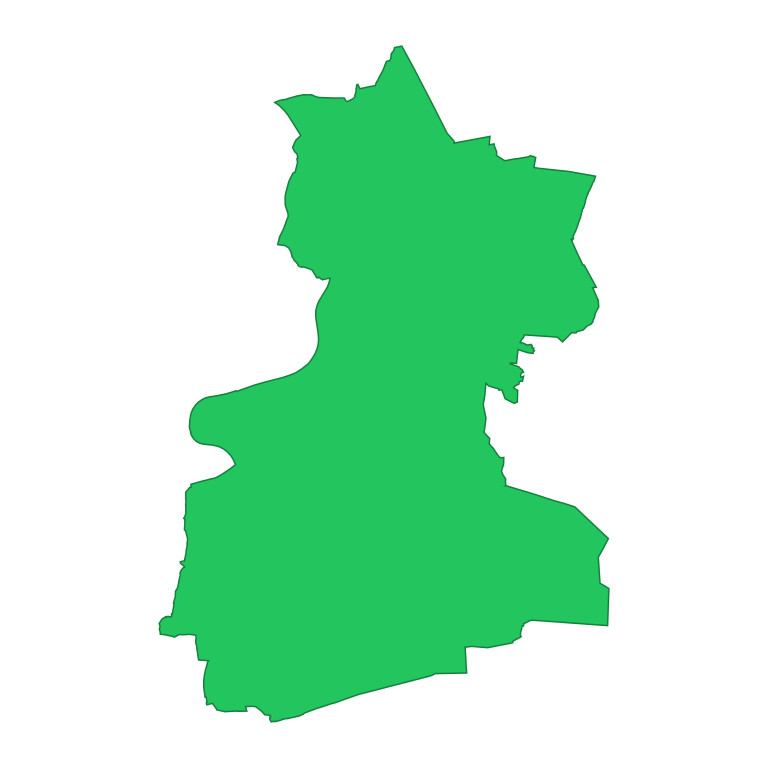 Olst-Wijhe, Overijssel, Netherlands
{"feature_id": "6326949B2249346791276", "entity_name": "Olst-Wijhe", "entity_type": "district", "adm_level": 2, "iso_a3": "NLD", "parent_name": "Netherlands", "parent_adm1": "Overijssel", "projection": "albers", "projection_center": [6.151, 52.376], "detail": "fine", "context": "isolated", "style": "filled", "palette": "green", "viewbox_px": 768, "rotation_deg": 0, "n_neighbors": 0, "source": "geoboundaries", "source_scale": "gbopen_adm2", "svg_char_len": 6090}
<svg xmlns="http://www.w3.org/2000/svg" viewBox="0 0 768 768"><path d="M607.6,625.6L608.9,588.5L600.0,583.2L598.3,557.2L602.8,549.2L608.4,538.6L574.7,506.8L564.2,503.5L553.1,500.4L534.5,494.3L506.0,485.7L505.5,485.7L505.8,485.5L505.9,485.2L505.4,481.8L505.7,479.0L502.8,474.6L501.4,471.2L503.6,464.2L503.8,457.5L500.0,457.7L497.7,455.0L492.6,447.4L491.3,446.6L490.7,445.3L489.2,443.9L489.7,438.6L484.6,433.1L484.2,432.4L484.1,431.5L484.5,429.9L486.0,418.1L483.4,405.7L483.4,403.8L484.4,398.4L484.9,394.3L485.9,383.3L488.7,385.9L495.0,387.9L498.3,388.7L498.8,390.1L499.2,390.2L501.2,389.8L501.8,390.1L502.4,391.1L504.8,398.0L505.2,398.8L514.2,403.3L517.3,402.1L517.7,390.3L514.2,388.4L513.6,387.3L516.7,384.9L518.1,384.7L519.0,384.0L519.0,382.4L520.4,381.2L522.4,381.3L522.5,381.0L523.6,376.3L521.6,377.2L521.0,377.3L520.6,375.0L521.3,373.1L522.0,372.7L523.5,372.3L522.1,369.6L520.3,368.5L518.9,366.9L512.9,364.7L510.2,364.0L510.3,363.0L515.0,363.2L516.5,363.5L518.0,349.6L527.7,352.7L533.1,353.4L533.0,352.6L533.2,352.1L534.4,350.6L533.5,349.9L533.8,348.1L532.1,347.8L532.3,345.9L531.0,344.4L527.4,345.1L522.3,342.8L520.6,342.7L520.0,342.4L522.0,339.2L523.4,337.7L524.0,336.3L524.3,334.9L557.2,337.1L562.6,341.9L571.6,332.7L576.1,332.9L576.4,332.1L577.3,331.5L583.1,330.0L587.2,326.0L589.1,325.0L590.6,324.5L592.8,322.1L593.0,320.3L594.4,317.5L595.4,313.1L598.7,307.0L598.3,300.2L598.1,300.2L592.7,287.7L596.3,287.3L584.3,265.2L582.8,265.0L582.8,264.5L582.4,264.3L581.3,261.6L577.7,254.2L570.8,238.7L572.4,240.0L572.8,239.3L573.6,238.6L572.9,236.9L574.5,233.2L575.6,231.2L577.5,226.0L579.0,221.4L580.2,218.4L582.2,210.6L582.2,209.7L583.0,208.3L583.4,208.2L584.9,203.7L585.7,199.8L586.8,196.3L588.3,193.1L588.3,192.7L590.0,189.4L592.1,184.7L592.8,182.4L593.9,181.3L595.5,176.2L568.9,171.5L539.8,168.4L533.9,167.5L533.9,167.4L535.7,157.5L534.3,157.0L533.7,156.5L532.7,156.5L530.5,155.7L529.7,155.9L529.2,156.4L528.4,156.8L516.7,158.8L514.1,159.0L506.2,160.5L504.6,160.6L496.4,155.4L496.7,153.7L496.5,151.4L494.4,146.1L494.0,143.9L489.2,144.8L490.0,136.4L454.0,143.1L454.1,141.5L453.9,140.9L447.4,133.6L446.8,132.6L431.7,102.8L414.0,68.6L401.8,46.1L394.5,47.6L394.0,49.8L393.3,51.2L391.4,53.5L391.1,54.6L390.8,58.8L390.1,60.0L389.5,60.6L386.8,61.2L386.3,61.6L383.2,69.7L379.8,76.1L377.6,80.6L376.4,82.2L375.3,85.5L359.9,88.7L357.8,84.4L356.7,85.0L356.3,88.1L356.0,88.8L356.2,90.0L355.8,92.4L354.8,95.7L355.0,96.5L354.2,97.8L353.6,98.3L351.0,99.8L347.5,101.5L346.0,101.0L344.2,98.0L333.9,98.0L319.4,97.5L316.3,96.9L311.6,94.8L310.3,94.7L307.9,94.9L303.8,94.7L297.0,96.0L286.2,99.1L285.3,99.5L285.1,99.8L283.2,99.7L279.8,100.4L274.7,102.4L278.5,105.0L280.6,106.8L284.1,110.3L286.6,113.4L288.1,115.3L300.8,135.5L296.1,139.9L294.5,142.8L293.6,145.5L292.9,146.4L292.6,147.2L293.3,149.1L294.5,151.4L297.0,154.1L297.3,154.9L297.8,158.2L297.2,158.3L296.9,158.6L297.5,162.7L295.1,172.2L293.7,172.6L293.0,173.1L289.3,180.4L288.5,182.7L286.0,192.1L285.1,196.7L285.2,204.9L287.9,213.2L288.2,216.4L286.2,221.4L283.6,228.8L279.6,236.8L277.7,244.6L284.7,245.5L287.4,247.0L288.8,248.1L290.9,251.7L292.0,256.1L292.0,256.5L292.3,257.2L293.5,258.7L294.1,260.2L294.5,260.7L296.2,262.3L298.3,265.1L298.1,265.5L299.7,266.7L301.9,267.2L302.1,266.9L303.6,267.0L308.3,268.4L311.9,269.9L312.4,270.3L314.0,273.3L315.9,276.0L316.3,277.4L316.8,277.7L318.4,277.8L318.6,277.6L318.6,277.3L319.3,277.6L322.2,279.8L327.9,278.5L330.0,278.3L329.4,281.4L327.5,286.9L318.7,301.4L317.2,305.3L315.9,310.1L315.7,313.2L315.8,317.4L318.1,333.0L318.5,337.0L318.5,341.0L318.0,345.3L317.5,347.3L316.9,349.3L315.1,353.6L312.9,357.4L309.8,361.9L308.0,364.0L301.2,369.3L295.5,372.9L289.1,375.4L282.5,377.6L266.4,381.7L255.0,384.9L236.3,391.5L236.0,390.8L230.7,392.5L225.7,393.9L217.8,395.6L209.9,396.8L206.1,397.7L202.7,399.2L198.6,401.9L195.4,405.2L192.9,409.0L191.4,412.3L190.6,415.3L189.8,420.8L189.4,426.4L189.6,428.4L190.9,432.6L190.5,432.8L190.9,434.1L192.1,436.5L193.8,439.0L196.5,441.5L199.7,443.2L203.7,444.2L211.8,445.0L215.9,445.8L219.8,447.0L223.5,448.9L227.7,452.2L230.9,455.8L231.9,457.3L233.4,459.8L235.5,464.7L230.0,468.9L221.2,474.8L215.3,478.0L208.4,479.5L204.6,480.7L204.4,480.5L190.9,484.3L191.1,487.3L189.6,487.5L185.7,492.3L185.7,497.5L186.0,501.4L185.7,505.4L185.9,507.5L185.8,513.6L185.2,515.5L183.7,518.4L184.9,519.1L184.8,520.5L184.9,523.6L184.5,528.5L184.5,530.0L185.5,530.5L187.4,537.7L187.6,539.3L187.0,543.9L187.5,544.0L186.1,550.9L186.2,552.2L184.4,560.9L181.2,561.5L180.3,561.9L180.3,562.1L180.5,563.2L180.8,563.6L183.8,565.8L184.5,567.2L183.8,567.2L182.5,568.6L181.3,570.1L180.3,572.1L180.0,573.7L180.3,575.1L179.4,578.4L177.9,586.6L177.3,588.3L175.5,591.2L175.3,596.7L174.2,600.2L173.5,603.5L174.1,603.7L172.3,614.0L171.6,613.9L171.4,616.7L171.2,617.1L167.9,616.3L166.3,617.2L165.9,616.6L165.6,616.8L162.8,618.5L161.8,619.3L159.1,623.7L160.0,625.8L160.0,626.3L159.4,629.0L159.5,629.9L160.2,631.9L160.3,634.3L164.3,634.6L172.2,636.3L174.4,637.1L179.3,634.6L184.4,634.7L189.4,634.3L195.4,635.1L195.5,635.3L196.0,636.5L196.2,637.3L195.7,640.8L195.9,643.7L196.8,646.2L196.8,648.1L198.6,660.0L208.6,660.7L207.7,661.7L206.9,665.2L205.4,670.3L204.4,675.3L203.7,680.7L203.7,685.9L203.8,687.8L205.1,697.3L206.2,697.2L207.0,702.0L206.4,702.2L206.4,703.2L206.8,704.8L212.4,703.4L215.6,707.6L216.9,709.9L224.8,711.7L236.7,711.0L236.9,711.3L246.8,711.1L245.6,706.6L252.4,706.3L255.9,706.8L261.7,711.3L264.7,714.8L267.3,714.9L270.4,715.6L270.4,716.4L270.7,716.9L269.8,717.3L269.9,719.6L271.0,721.4L271.1,721.8L271.5,721.9L272.7,721.5L275.9,721.5L282.2,719.7L282.4,719.2L283.0,719.3L286.7,718.5L287.9,718.7L288.6,718.3L295.3,716.9L297.0,716.3L297.3,716.5L298.2,716.4L301.4,715.0L301.5,714.8L303.1,714.3L304.0,713.5L305.1,712.8L317.8,708.0L320.3,707.4L331.3,703.7L336.4,702.4L339.8,701.0L358.7,694.4L431.1,675.7L435.2,673.6L466.7,673.0L466.4,668.5L466.2,667.3L465.3,649.8L465.1,647.2L471.8,646.4L487.6,647.7L512.6,642.8L513.0,641.3L513.5,640.8L521.1,636.8L520.5,635.1L520.4,634.4L520.5,633.1L522.3,625.8L523.5,626.0L523.9,624.1L523.7,623.7L531.1,620.1L607.6,625.6Z" fill="#22c55e" stroke="#15803d" stroke-width="1.5"/></svg>